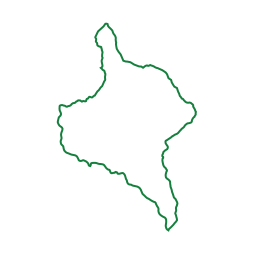 outline of Chhubu, Punakha, Bhutan, rotated 354°
{"feature_id": "84629894B89279896100925", "entity_name": "Chhubu", "entity_type": "district", "adm_level": 2, "iso_a3": "BTN", "parent_name": "Bhutan", "parent_adm1": "Punakha", "projection": "natural_earth1", "projection_center": [89.837, 27.663], "detail": "fine", "context": "isolated", "style": "outline", "palette": "green", "viewbox_px": 256, "rotation_deg": 354, "n_neighbors": 0, "source": "geoboundaries", "source_scale": "gbopen_adm2", "svg_char_len": 5856}
<svg xmlns="http://www.w3.org/2000/svg" viewBox="0 0 256 256"><g transform="rotate(354 128 128)"><path d="M118.5,22.4L117.4,22.0L116.4,22.0L114.3,24.4L108.3,28.8L105.0,34.2L105.0,34.7L105.6,35.9L105.6,36.4L105.5,37.1L105.2,37.9L105.1,38.4L105.3,39.1L106.1,40.3L106.2,41.2L106.1,42.0L106.3,42.7L106.7,43.1L107.1,43.4L107.7,43.8L108.5,44.2L109.1,44.3L109.6,44.5L109.9,44.9L109.8,45.7L110.0,46.3L110.2,46.9L110.1,47.7L110.3,48.5L110.5,49.4L110.6,49.9L110.4,50.6L110.3,51.1L110.1,51.8L109.9,52.6L109.7,54.5L110.0,55.2L110.0,55.7L109.2,57.4L108.9,58.1L108.8,58.7L108.8,59.7L108.9,60.6L109.1,62.6L109.1,63.7L108.6,64.5L108.2,65.0L107.8,65.2L107.3,65.4L107.6,65.8L108.1,66.1L108.4,66.7L108.7,67.3L109.3,67.8L110.2,68.4L110.5,68.9L110.6,69.5L110.7,70.2L110.8,70.9L111.1,71.5L111.1,72.1L110.9,73.3L110.6,74.2L110.4,75.7L110.4,77.4L110.2,78.0L109.1,79.3L108.4,80.6L108.0,81.3L107.1,82.9L106.6,83.7L105.4,84.6L104.8,85.1L104.1,86.0L103.1,87.1L102.8,87.4L101.4,88.4L99.3,91.0L99.0,91.4L98.6,92.0L98.3,92.3L97.8,92.3L96.8,92.9L96.2,93.4L95.6,93.8L95.1,93.8L94.7,93.7L93.8,93.2L93.1,93.0L92.7,93.0L92.3,93.3L91.3,94.5L90.1,94.8L89.6,95.4L89.4,96.1L89.1,96.8L88.6,97.0L88.1,97.0L86.3,96.5L85.7,96.6L85.2,96.9L84.8,96.9L84.0,96.2L83.5,95.7L82.9,95.5L82.0,95.5L81.4,95.3L80.0,96.1L79.3,96.3L77.9,97.4L77.5,97.5L76.6,97.6L76.1,97.5L75.2,97.9L74.9,98.1L74.5,98.3L73.3,99.5L72.7,99.7L72.0,99.9L70.8,100.0L69.8,100.4L69.2,100.4L68.4,100.0L68.0,99.6L67.5,99.3L67.0,99.1L66.4,99.0L65.3,98.4L64.6,98.3L63.8,98.3L63.1,98.4L62.5,98.8L62.3,99.1L61.9,101.6L61.9,103.3L62.5,105.2L62.8,106.2L62.8,107.3L62.3,108.5L60.3,110.2L59.5,112.4L59.1,113.5L58.8,114.6L58.8,115.4L59.4,117.2L60.1,118.5L61.1,119.4L61.7,119.9L62.5,120.9L62.8,121.9L62.4,123.5L61.7,124.8L61.2,125.9L60.8,127.1L60.7,128.3L60.8,129.7L60.9,131.0L60.6,132.0L59.8,133.6L59.6,134.6L59.7,136.3L60.0,137.3L61.1,138.6L61.7,139.5L61.9,142.1L62.3,143.8L63.6,145.5L64.3,146.1L66.5,147.2L68.9,148.5L72.4,149.6L73.2,150.0L74.2,150.9L74.8,152.2L75.3,153.5L75.7,154.9L76.4,155.5L77.2,155.8L78.4,155.8L79.7,155.4L80.3,155.4L81.4,156.0L83.0,157.0L84.1,158.2L84.7,159.2L84.8,159.7L85.0,160.3L85.1,161.0L85.5,161.5L86.5,161.9L87.1,160.9L87.3,159.8L87.7,159.3L88.6,159.0L90.2,159.1L91.6,159.2L93.0,159.6L94.9,160.5L96.0,160.8L97.3,161.0L98.4,161.3L99.3,161.6L100.2,162.2L101.0,163.5L101.3,163.9L101.8,165.0L102.6,166.1L103.6,167.0L104.1,167.4L105.0,167.6L105.4,168.0L106.0,170.4L106.2,170.8L107.2,171.3L108.8,171.1L110.1,171.1L110.7,170.5L111.3,170.4L111.7,170.7L112.4,171.0L112.7,171.6L112.8,172.1L113.3,172.5L114.9,172.6L116.3,172.3L117.7,172.2L118.4,172.4L119.0,173.0L119.6,173.8L120.1,175.1L120.7,178.6L121.3,179.8L121.5,181.5L121.8,182.6L122.2,183.3L122.7,183.9L123.8,184.4L125.2,184.7L126.2,185.5L127.3,186.0L128.4,186.3L131.2,187.3L132.1,187.9L132.4,188.2L132.9,188.5L133.6,189.4L134.3,190.8L135.5,194.9L136.5,196.1L137.5,197.2L138.5,198.5L139.7,199.7L141.2,200.6L143.5,202.5L144.8,203.4L145.7,204.0L147.0,204.5L147.7,205.4L147.9,206.5L148.7,208.6L149.1,209.4L149.7,210.5L149.9,211.7L149.6,213.2L149.6,214.2L149.8,215.5L150.5,217.1L151.8,218.5L153.3,219.7L154.4,220.4L155.3,221.0L155.9,221.8L156.3,222.8L156.3,224.5L156.1,225.9L155.7,227.6L155.4,228.6L155.3,229.8L155.5,231.0L155.7,232.0L156.5,233.2L157.5,234.0L158.0,233.0L158.7,232.3L159.7,231.7L161.2,230.5L162.9,229.1L164.4,227.5L165.7,226.4L166.6,225.4L167.1,224.8L167.1,223.5L167.0,222.5L166.8,221.5L166.6,219.8L166.2,218.4L166.1,217.7L166.3,217.3L166.6,216.6L167.0,215.8L167.3,215.0L167.3,212.8L167.5,212.0L167.9,211.2L168.4,210.5L168.7,209.6L169.2,208.6L169.2,207.9L169.1,207.0L167.8,203.5L167.2,202.9L166.4,201.8L166.2,200.8L165.9,199.1L165.4,197.1L165.1,196.0L165.0,194.3L164.7,192.9L164.2,191.1L164.2,189.2L164.1,187.9L164.2,186.6L164.2,185.5L163.5,184.4L162.9,183.6L161.3,182.2L160.6,181.1L160.5,180.0L160.5,179.0L160.7,177.9L161.6,175.6L162.2,174.7L162.3,174.0L162.0,173.5L161.5,172.4L161.3,171.9L160.0,170.4L159.6,169.6L159.3,168.7L159.1,167.5L158.9,165.7L158.8,164.0L159.1,162.3L159.4,161.9L159.8,161.5L159.9,161.1L159.9,160.4L159.5,160.1L159.2,159.6L159.2,159.2L159.4,158.3L160.2,157.1L160.4,156.4L160.7,155.6L161.5,155.0L162.5,154.2L164.8,153.1L165.2,152.5L165.5,151.9L165.6,151.3L165.6,150.6L165.4,150.1L164.8,149.1L163.9,147.3L163.8,146.5L163.9,145.2L164.2,144.7L164.8,144.4L165.9,143.9L169.9,141.8L171.1,140.9L171.5,140.7L171.9,140.6L172.6,140.3L173.2,139.9L173.7,139.6L174.3,139.5L174.8,139.3L175.4,139.1L176.1,138.9L176.8,138.5L177.3,138.2L179.7,135.9L180.5,135.3L180.9,134.8L181.3,134.5L182.5,133.7L183.4,133.2L183.8,132.8L185.0,131.3L186.1,130.5L186.9,130.0L187.5,129.7L187.9,129.6L188.4,129.6L189.1,129.6L189.8,129.5L190.7,129.3L191.3,129.1L191.7,128.8L192.0,128.4L192.2,128.0L192.3,127.3L192.7,126.4L193.7,125.0L194.8,124.0L195.2,123.9L195.7,123.0L195.9,122.7L196.3,122.3L196.6,121.9L196.8,121.4L196.8,120.2L197.1,119.5L197.2,118.9L196.7,118.0L196.6,117.2L196.3,116.3L196.0,115.5L195.7,115.0L195.4,114.2L195.1,113.7L195.2,112.1L194.8,111.3L194.1,110.7L193.4,109.9L193.0,109.6L191.9,109.1L190.7,109.2L189.6,109.0L189.1,108.8L188.7,108.6L188.0,108.1L187.4,107.4L187.0,106.8L186.4,106.2L186.1,105.4L185.8,105.0L185.4,104.7L184.8,104.5L184.5,104.2L184.2,103.5L183.7,102.6L182.9,101.5L182.4,99.0L181.9,97.9L181.3,95.6L180.9,93.4L178.4,91.7L177.5,89.9L176.3,87.3L175.9,84.7L173.5,82.7L173.1,81.2L172.5,78.7L171.3,76.7L168.2,74.1L165.0,72.3L163.7,71.5L162.7,71.2L161.4,70.5L160.2,69.5L159.2,68.9L157.5,68.2L156.7,67.7L155.3,68.2L154.5,68.3L153.5,67.8L152.9,67.8L151.8,68.1L150.9,68.6L150.0,69.2L149.5,69.6L149.2,69.6L147.7,68.3L145.4,67.9L140.8,65.6L138.0,63.4L137.2,62.8L134.3,61.9L132.6,61.6L130.4,60.6L128.4,54.1L126.5,51.1L125.1,48.0L124.9,45.9L124.8,43.3L125.2,41.6L125.0,41.2L125.0,38.6L125.3,37.1L125.0,35.5L124.5,34.4L123.4,32.6L122.9,30.9L122.6,29.4L120.9,27.2L119.5,25.6L118.8,24.4L118.5,22.4Z" fill="none" stroke="#15803d" stroke-width="2"/></g></svg>